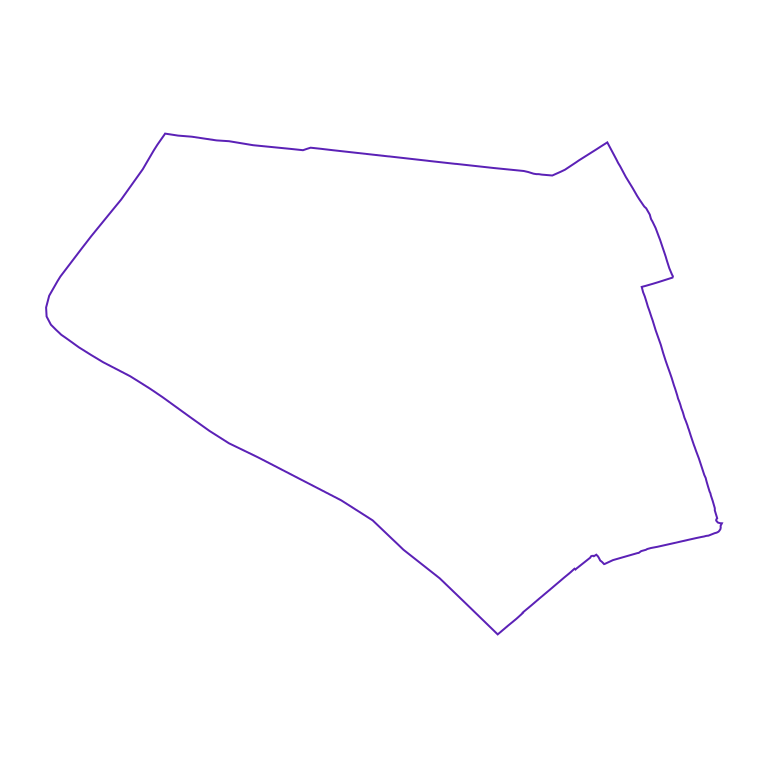 outline of Carcaliu, Tulcea, Romania
{"feature_id": "2599482B4283959466403", "entity_name": "Carcaliu", "entity_type": "district", "adm_level": 2, "iso_a3": "ROU", "parent_name": "Romania", "parent_adm1": "Tulcea", "projection": "orthographic", "projection_center": [28.166, 45.183], "detail": "fine", "context": "isolated", "style": "outline", "palette": "violet", "viewbox_px": 768, "rotation_deg": 0, "n_neighbors": 0, "source": "geoboundaries", "source_scale": "gbopen_adm2", "svg_char_len": 2802}
<svg xmlns="http://www.w3.org/2000/svg" viewBox="0 0 768 768"><path d="M497.7,634.4L508.0,625.7L516.4,618.8L518.3,617.1L522.9,612.9L522.7,612.6L524.8,610.8L531.2,605.5L535.4,601.9L539.5,598.4L546.9,592.2L556.0,584.5L564.0,577.7L570.3,572.5L574.5,568.7L575.5,569.5L575.9,569.0L590.3,557.6L590.9,556.4L592.0,555.9L593.6,555.9L593.9,556.2L596.3,554.7L597.9,556.3L599.0,558.1L600.2,560.5L602.0,561.9L604.1,564.1L604.5,564.0L604.8,563.9L613.0,560.1L617.2,558.9L637.4,553.1L638.7,552.9L639.1,552.6L641.2,551.1L645.9,549.8L647.3,549.0L651.0,548.0L657.4,546.8L673.5,543.2L688.0,539.9L695.6,538.2L696.5,538.0L701.8,536.9L704.0,536.5L704.7,536.3L706.2,535.9L707.8,535.7L708.3,535.7L714.6,533.2L716.8,532.6L717.3,532.3L717.7,532.1L718.5,531.7L719.2,530.9L720.2,529.5L720.4,529.1L720.7,527.7L720.6,525.9L720.9,525.2L721.7,523.7L721.9,523.3L720.0,523.2L717.8,522.5L716.2,520.6L716.3,519.4L717.2,518.3L714.8,510.4L714.8,508.2L712.7,500.9L710.9,495.5L710.4,493.3L709.6,491.6L708.0,486.4L706.8,482.3L706.2,480.1L705.7,478.0L704.3,475.0L702.7,470.1L698.9,458.5L696.1,451.1L694.7,447.1L694.0,445.3L692.1,439.7L690.7,435.5L688.8,429.5L688.1,427.7L687.5,425.6L685.8,421.0L684.4,417.6L683.2,413.4L682.5,411.2L681.4,408.4L680.4,404.9L679.4,401.9L678.0,398.4L677.5,396.4L677.1,395.0L675.1,388.6L674.0,385.5L671.7,378.0L669.8,372.5L667.4,365.8L665.7,360.9L663.2,353.1L660.8,344.8L655.7,330.4L652.6,320.3L651.5,317.2L649.3,310.5L647.8,306.4L647.0,303.6L645.8,299.7L644.8,296.5L643.1,292.2L642.2,288.7L641.7,286.9L645.9,285.8L652.8,283.8L658.1,282.2L670.0,278.4L672.5,277.6L672.9,276.3L671.9,274.4L669.3,268.2L666.9,260.7L665.7,256.6L664.3,252.4L662.4,246.8L660.0,239.6L658.9,236.8L655.6,228.0L652.4,221.4L651.2,219.4L650.6,217.6L649.8,214.6L647.6,210.8L646.2,208.3L644.4,206.7L643.6,205.6L639.5,199.6L637.2,196.0L632.6,188.0L625.8,176.9L620.1,166.2L618.1,162.9L616.3,159.3L607.3,142.4L600.2,146.9L596.5,149.3L591.1,152.7L578.9,160.4L576.0,162.4L565.0,169.7L560.6,171.8L552.3,175.5L541.6,174.6L539.2,174.2L537.6,174.1L536.2,174.1L533.6,173.7L528.2,172.0L526.4,171.6L523.8,171.0L493.6,168.0L492.7,167.9L456.3,163.9L455.7,163.9L428.7,160.9L427.2,160.7L389.0,156.4L388.5,156.4L333.7,150.3L322.5,149.0L321.8,148.9L312.4,147.9L310.6,147.7L306.8,148.9L303.0,150.2L290.7,148.9L253.1,145.2L229.0,141.2L216.5,140.4L191.8,136.7L178.1,135.6L165.1,133.6L164.6,134.4L157.4,144.7L153.9,150.2L146.4,163.0L142.8,169.2L121.2,199.5L112.5,210.1L102.8,222.0L91.3,236.1L81.7,248.5L60.4,276.5L57.6,281.0L49.2,295.7L46.1,307.5L46.6,316.5L50.9,324.7L55.9,329.7L61.3,334.8L65.5,337.7L79.0,347.4L91.3,355.1L103.1,362.2L130.3,376.3L149.9,388.6L162.6,397.2L190.1,417.1L209.6,431.0L229.0,443.3L258.1,457.4L341.3,500.4L372.7,520.4L392.2,539.0L397.8,544.3L403.4,549.7L439.7,578.3L464.1,601.8L497.7,634.4Z" fill="none" stroke="#5b21b6" stroke-width="2"/></svg>